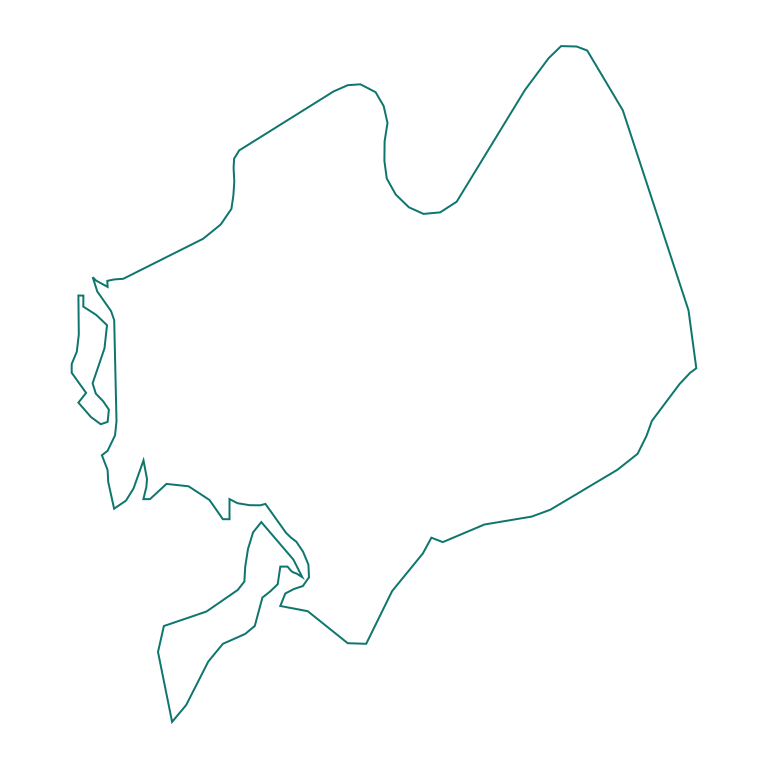 outline of Bà Rịa - Vũng Tàu
{"feature_id": "VNM-495", "entity_name": "Bà Rịa - Vũng Tàu", "entity_type": "Province", "adm_level": 1, "iso_a3": "VNM", "parent_name": "Vietnam", "parent_adm1": "", "projection": "equal_earth", "projection_center": [107.178, 10.562], "detail": "fine", "context": "isolated", "style": "outline", "palette": "teal", "viewbox_px": 768, "rotation_deg": 0, "n_neighbors": 0, "source": "natural_earth", "source_scale": "10m", "svg_char_len": 1747}
<svg xmlns="http://www.w3.org/2000/svg" viewBox="0 0 768 768"><path d="M101.9,455.2L107.6,450.8L115.0,435.4L116.5,421.3L114.2,320.2L111.1,311.2L97.3,291.5L92.7,277.2L96.1,280.6L107.6,286.9L107.3,280.9L107.6,280.8L114.4,279.4L123.2,278.8L203.2,238.7L220.7,224.5L231.4,208.9L233.4,195.2L234.3,181.7L233.6,168.0L234.1,158.7L239.2,150.4L333.6,91.4L347.7,85.2L360.4,84.3L375.6,92.2L383.7,106.1L387.5,123.0L384.6,141.4L384.4,160.9L386.8,178.6L395.7,194.5L408.9,207.3L423.5,213.9L440.1,212.4L456.7,201.7L525.0,89.9L548.7,58.1L561.1,46.1L576.5,46.5L587.2,50.5L622.8,110.3L688.5,310.3L696.3,368.2L690.1,372.8L679.5,384.1L651.9,420.9L646.5,435.9L637.6,453.8L617.5,469.7L550.4,509.7L531.6,516.6L484.4,524.5L442.8,542.1L431.4,537.7L422.9,553.4L392.1,591.1L366.2,643.8L347.7,643.2L307.7,611.2L280.3,606.0L285.3,593.5L293.9,589.0L302.9,586.0L309.0,577.2L308.4,564.6L303.1,551.8L296.3,541.7L291.1,537.7L286.0,532.8L265.4,503.9L260.4,505.3L249.6,505.2L237.5,503.2L229.5,499.1L229.5,519.2L222.9,519.2L209.5,500.0L188.6,486.3L166.5,483.9L150.0,499.1L143.4,499.1L146.4,486.8L147.0,479.0L143.5,460.4L133.6,488.3L126.0,500.6L114.1,508.7L108.2,481.8L107.6,470.1L101.9,455.2ZM261.3,522.1L293.4,559.6L302.3,577.2L296.5,573.5L293.5,572.5L291.3,571.1L287.5,566.6L280.3,566.6L277.7,584.2L270.1,591.5L262.4,597.6L254.8,625.9L245.2,633.9L222.9,643.8L208.3,661.5L186.2,705.0L172.1,721.9L158.0,652.0L163.9,626.0L206.5,611.5L237.8,589.9L244.4,581.5L245.2,566.9L248.0,548.9L253.1,532.3L261.3,522.1ZM83.4,295.6L83.3,306.6L96.2,314.9L107.0,325.2L104.5,348.3L92.6,383.3L95.8,393.6L103.1,401.2L108.9,409.6L107.6,421.9L100.7,424.2L90.9,417.0L78.4,402.6L86.1,392.9L71.7,372.8L71.7,364.0L76.8,351.7L78.8,334.6L78.4,295.5L83.4,295.6Z" fill="none" stroke="#0f766e" stroke-width="2"/></svg>